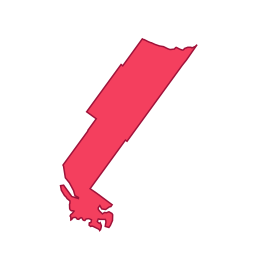 Jefferson, Washington, United States of America (Natural Earth projection), rotated 126°
{"feature_id": "52423323B89179227732038", "entity_name": "Jefferson", "entity_type": "district", "adm_level": 2, "iso_a3": "USA", "parent_name": "United States of America", "parent_adm1": "Washington", "projection": "natural_earth1", "projection_center": [-123.18, 47.83], "detail": "fine", "context": "isolated", "style": "filled", "palette": "rose", "viewbox_px": 256, "rotation_deg": 126, "n_neighbors": 0, "source": "geoboundaries", "source_scale": "gbopen_adm2", "svg_char_len": 1689}
<svg xmlns="http://www.w3.org/2000/svg" viewBox="0 0 256 256"><g transform="rotate(126 128 128)"><path d="M196.2,158.8L196.9,157.6L205.1,149.4L206.8,143.1L210.6,135.3L213.9,131.1L213.3,127.2L214.2,126.7L216.5,133.2L212.1,146.5L214.3,148.7L217.5,145.4L220.0,139.6L220.1,138.0L220.9,135.7L221.1,132.1L222.9,130.8L224.2,130.4L227.5,127.8L228.1,126.8L228.3,125.2L227.3,123.9L227.0,122.8L229.9,122.9L231.7,123.4L233.2,123.1L233.4,122.8L233.7,121.9L236.0,120.2L235.1,119.8L233.1,119.8L232.1,119.1L231.1,117.7L231.3,116.2L231.6,115.5L230.8,114.1L230.3,114.2L228.2,113.4L228.0,113.0L227.9,112.4L228.8,110.3L228.6,109.1L228.1,108.5L226.1,108.4L224.3,106.3L223.7,103.6L226.1,102.5L226.6,102.6L227.3,103.5L227.7,103.5L229.5,102.3L229.6,100.3L228.7,99.7L228.2,98.8L227.1,92.7L227.1,91.4L227.6,90.7L226.4,90.5L224.2,91.3L222.7,92.1L221.0,94.8L221.8,94.9L222.0,95.2L221.9,97.2L221.7,97.9L219.1,98.6L218.6,98.1L218.6,97.3L215.3,92.6L215.6,92.0L216.2,91.3L217.8,90.1L218.3,90.0L221.0,88.6L219.7,85.0L217.2,85.0L211.9,86.2L207.2,89.4L206.6,90.8L207.0,94.2L209.2,95.6L210.1,97.3L212.5,98.2L212.0,102.0L211.2,104.4L210.0,105.2L207.3,105.2L208.9,101.7L207.1,98.2L202.7,96.7L201.8,95.8L201.7,95.7L199.4,95.7L199.2,115.0L199.4,123.0L139.3,123.0L139.3,121.0L45.4,121.0L38.6,120.7L20.0,121.1L22.5,121.5L25.2,123.1L25.6,123.5L25.7,124.5L27.6,127.1L30.6,129.1L31.2,128.9L32.2,129.1L33.0,129.8L33.8,132.5L34.4,136.3L34.9,136.7L36.9,136.9L39.4,139.6L40.0,140.6L40.5,142.4L41.3,147.1L43.1,150.7L44.5,155.2L45.3,159.2L45.6,159.7L46.2,162.1L47.0,166.9L47.3,167.2L47.5,168.8L80.8,168.8L80.7,170.9L139.2,171.0L139.2,159.1L153.2,159.1L154.3,158.7L196.2,158.8Z" fill="#f43f5e" stroke="#9f1239" stroke-width="1.5"/></g></svg>